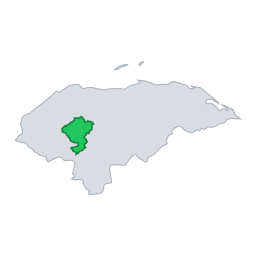 where Comayagua sits in Honduras
{"feature_id": "HND-646", "entity_name": "Comayagua", "entity_type": "Department", "adm_level": 1, "iso_a3": "HND", "parent_name": "Honduras", "parent_adm1": "", "projection": "mercator", "projection_center": [-87.57, 14.554], "detail": "fine", "context": "in_parent", "style": "filled", "palette": "green", "viewbox_px": 256, "rotation_deg": 0, "n_neighbors": 0, "source": "natural_earth", "source_scale": "10m", "svg_char_len": 5104}
<svg xmlns="http://www.w3.org/2000/svg" viewBox="0 0 256 256"><path d="M240.6,119.0L231.3,118.4L226.9,119.6L224.9,122.2L223.3,123.4L221.9,123.1L219.1,124.2L214.9,126.5L211.1,127.4L207.7,126.8L206.7,127.4L206.4,128.1L205.9,128.9L204.6,129.3L203.1,129.0L201.4,128.2L200.5,128.6L200.4,130.1L199.5,130.5L197.7,129.8L195.8,130.3L193.6,132.1L190.5,132.5L186.6,131.5L183.6,129.5L181.4,126.6L178.8,125.9L174.3,128.1L172.4,130.6L172.0,132.1L172.4,133.5L171.6,134.4L169.5,134.9L167.9,136.6L166.8,139.5L166.6,141.8L167.2,143.4L166.2,144.6L163.4,145.3L160.2,147.9L156.4,152.2L152.7,155.2L149.0,156.9L147.2,158.8L147.3,160.9L147.1,161.5L146.4,161.8L145.2,162.1L138.0,157.5L136.0,154.4L134.2,154.9L132.0,156.5L128.8,160.0L125.4,164.9L123.8,165.4L115.3,164.7L110.8,165.1L109.9,165.7L109.5,167.5L109.7,169.9L111.0,178.4L111.6,181.9L111.0,183.0L108.7,183.2L105.7,183.7L104.1,185.3L103.7,186.9L103.6,189.2L102.6,191.6L100.8,193.3L99.0,193.9L88.9,194.4L89.1,190.4L86.1,188.8L84.5,185.6L83.0,183.3L83.5,182.0L83.4,180.4L79.3,179.2L75.4,180.2L73.2,179.5L71.6,178.7L74.4,176.8L74.6,175.6L73.7,174.7L72.7,174.1L73.0,171.9L73.6,169.3L75.2,163.3L74.6,162.2L72.0,160.4L68.8,160.2L65.2,160.8L63.4,159.8L61.9,157.7L59.3,156.7L54.8,158.4L50.0,160.9L48.5,161.8L47.3,161.7L46.8,159.8L46.5,157.6L46.2,157.0L43.7,156.2L40.7,155.7L39.1,155.1L37.7,153.5L34.1,151.6L33.3,150.1L28.5,146.8L27.5,145.1L26.5,143.9L24.1,142.4L22.3,142.8L16.3,140.8L15.4,140.7L16.2,139.0L18.1,136.4L22.3,133.5L22.6,131.2L21.5,126.7L20.5,123.8L21.0,122.5L22.3,117.3L23.3,116.0L29.4,113.4L29.9,113.0L34.7,109.3L40.0,105.2L45.5,100.6L51.6,95.6L55.0,92.6L56.5,91.3L60.1,92.4L62.8,90.0L64.5,89.1L68.2,86.3L69.4,85.6L75.7,84.4L78.7,84.5L81.4,87.4L83.5,89.0L87.4,87.6L90.8,87.3L104.5,90.0L110.0,88.8L120.0,88.6L124.5,89.3L130.9,85.4L135.0,84.6L139.8,82.8L139.1,81.0L138.0,80.2L145.3,81.0L156.2,84.9L167.8,84.2L172.0,82.1L174.7,81.5L186.6,85.5L189.7,88.5L192.2,88.9L194.1,88.1L194.6,87.5L192.2,86.8L191.2,85.9L200.6,87.8L218.2,102.3L218.6,103.5L211.0,99.2L207.0,99.5L206.0,100.2L206.2,102.6L206.6,103.7L208.3,103.8L209.6,103.2L212.7,103.9L214.7,105.5L217.3,107.9L218.8,110.5L220.4,110.5L222.0,108.9L225.0,108.8L226.9,110.5L228.3,110.4L226.4,107.7L221.8,105.0L222.9,104.9L233.0,109.7L235.8,115.8L238.2,117.2L240.6,119.0ZM122.2,66.8L116.4,69.7L114.6,69.7L117.2,67.4L121.5,65.4L125.2,64.5L128.2,64.9L122.2,66.8ZM142.1,63.6L139.4,65.8L138.9,64.8L140.2,62.8L141.9,61.6L143.5,61.8L143.1,62.6L142.1,63.6Z" fill="#d9dde1" stroke="#a8b0b8" stroke-width="1"/><path d="M62.1,131.3L62.6,130.6L62.2,129.6L62.0,129.2L62.0,128.7L62.1,128.4L62.3,128.2L62.7,128.1L62.9,127.9L64.0,126.8L65.3,126.5L65.3,124.9L65.5,125.5L65.8,125.9L66.2,126.1L69.1,124.1L69.6,123.4L70.4,122.6L70.5,122.5L71.3,122.3L72.0,121.9L73.6,120.7L74.2,120.2L74.4,119.4L74.4,118.1L77.8,118.1L78.2,118.1L79.8,117.8L79.9,117.4L81.0,116.7L81.4,116.6L81.6,116.7L82.1,117.0L82.4,117.3L82.8,117.9L82.9,118.2L83.0,118.7L83.0,118.9L83.1,119.0L83.3,119.2L83.5,119.3L83.8,119.4L84.0,119.5L84.3,119.8L84.4,120.0L84.5,120.2L84.4,120.6L84.5,121.0L84.6,121.4L84.7,121.6L84.7,121.8L84.8,122.0L85.0,122.1L85.4,122.2L85.9,122.2L86.8,121.7L87.5,121.0L88.4,121.1L89.7,121.5L89.9,121.5L90.1,121.8L90.3,121.9L90.5,121.8L90.8,121.6L91.0,121.6L92.2,122.6L92.8,122.9L93.0,123.0L93.2,123.5L93.6,124.0L93.0,124.5L92.2,124.6L91.9,124.9L91.8,125.3L91.8,125.8L91.9,126.4L92.1,127.7L91.9,128.6L91.5,129.6L91.4,129.8L91.5,129.8L91.4,130.0L91.1,130.2L91.0,130.3L90.8,130.3L90.7,130.4L90.2,130.7L89.9,130.7L89.8,130.8L89.7,131.1L89.6,131.3L89.5,131.2L89.4,131.2L89.3,131.3L89.4,131.6L89.4,131.8L89.4,132.0L89.3,132.5L88.7,133.5L88.3,133.5L88.2,133.4L87.9,133.3L87.9,133.2L87.7,133.0L87.4,133.0L87.1,132.9L86.8,132.8L86.7,132.8L86.5,133.0L86.5,133.6L86.5,133.8L86.4,134.0L86.1,134.8L84.2,136.7L84.3,137.3L84.4,137.6L84.6,137.9L84.8,138.2L85.3,138.6L86.2,139.3L86.3,139.5L86.3,140.0L86.1,140.3L86.2,140.5L87.1,141.2L87.2,141.4L86.9,142.2L85.9,143.5L85.7,143.7L85.5,143.8L85.0,143.6L84.8,143.5L84.6,143.5L84.4,143.8L84.3,144.2L84.4,145.7L84.4,146.1L84.6,146.3L84.8,146.5L85.0,146.7L85.1,146.8L85.3,146.9L85.5,147.0L85.6,147.3L85.7,147.5L85.5,147.9L85.3,148.1L84.3,148.3L83.6,148.7L83.2,149.5L83.0,150.0L82.5,150.3L81.5,150.8L80.3,150.9L80.1,150.9L79.9,151.0L79.6,151.2L78.8,152.2L78.8,152.9L77.5,153.1L77.0,153.4L76.1,154.3L76.1,153.1L75.8,152.7L75.6,152.4L75.2,152.1L74.6,151.6L74.2,151.4L73.8,151.2L73.4,151.1L72.8,150.9L72.7,150.8L72.6,150.6L72.7,150.4L72.9,149.7L72.4,149.1L71.2,148.6L71.0,147.8L71.2,147.6L71.3,147.5L71.6,147.6L73.0,147.2L73.7,147.3L74.3,147.2L74.7,147.1L75.5,146.8L75.8,146.7L76.3,146.3L76.9,146.4L77.4,146.3L77.8,146.1L78.3,145.6L78.4,145.1L78.1,144.8L78.3,144.4L78.2,143.7L78.1,143.4L77.7,142.4L75.9,142.9L75.6,142.9L75.2,142.8L74.4,142.6L74.1,142.3L72.9,142.1L72.5,141.7L71.0,141.3L70.5,140.7L70.2,140.2L70.3,140.0L70.4,139.8L70.3,139.7L70.1,139.2L68.9,137.7L68.5,137.3L68.5,136.9L68.5,136.5L68.4,136.4L68.1,136.2L67.3,135.8L67.0,135.5L66.7,135.1L66.7,134.8L66.6,134.4L66.3,133.7L66.0,133.3L65.3,133.0L64.7,132.6L63.4,132.3L63.2,132.2L62.8,132.1L62.6,132.0L62.1,131.3Z" fill="#22c55e" stroke="#15803d" stroke-width="1.5"/></svg>